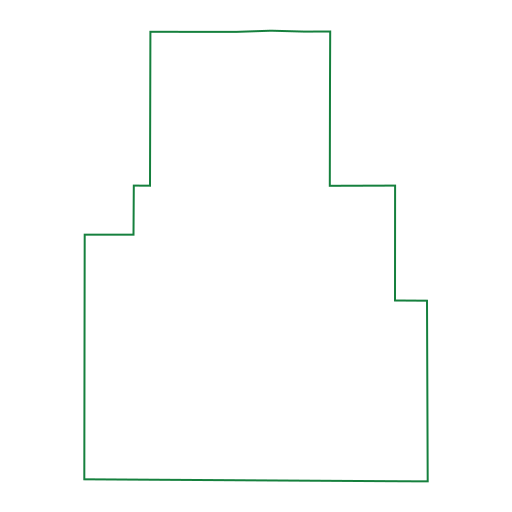 Tippah, Mississippi, United States of America (Mercator projection)
{"feature_id": "52423323B445866632438", "entity_name": "Tippah", "entity_type": "district", "adm_level": 2, "iso_a3": "USA", "parent_name": "United States of America", "parent_adm1": "Mississippi", "projection": "mercator", "projection_center": [-88.878, 34.796], "detail": "fine", "context": "isolated", "style": "outline", "palette": "green", "viewbox_px": 512, "rotation_deg": 0, "n_neighbors": 0, "source": "geoboundaries", "source_scale": "gbopen_adm2", "svg_char_len": 346}
<svg xmlns="http://www.w3.org/2000/svg" viewBox="0 0 512 512"><path d="M330.2,31.5L304.3,31.6L271.0,30.7L235.5,31.9L150.4,31.8L150.0,185.7L133.8,185.6L133.5,234.7L84.7,234.7L84.3,479.3L390.3,481.2L411.4,481.3L427.7,481.3L427.0,300.7L395.0,300.5L395.1,185.6L329.8,185.8L330.0,82.2L330.2,31.5Z" fill="none" stroke="#15803d" stroke-width="2"/></svg>